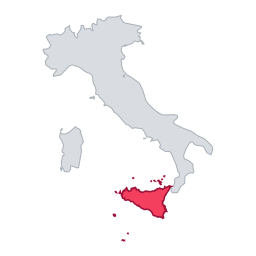 Sicilia, Enna, Italy shown in context
{"feature_id": "23120603B91569774900330", "entity_name": "Sicilia", "entity_type": "district", "adm_level": 2, "iso_a3": "ITA", "parent_name": "Italy", "parent_adm1": "Enna", "projection": "albers", "projection_center": [13.963, 37.152], "detail": "fine", "context": "in_parent", "style": "filled", "palette": "rose", "viewbox_px": 256, "rotation_deg": 0, "n_neighbors": 0, "source": "geoboundaries", "source_scale": "gbopen_adm2", "svg_char_len": 8949}
<svg xmlns="http://www.w3.org/2000/svg" viewBox="0 0 256 256"><path d="M49.8,34.3L51.2,35.3L57.0,33.8L60.3,35.1L63.2,33.5L65.2,30.8L65.0,28.7L69.6,25.6L69.9,29.5L72.2,32.2L74.6,33.0L74.0,34.5L76.2,37.8L77.2,37.6L77.6,37.0L77.1,34.3L80.8,29.3L81.1,25.7L81.7,25.3L83.4,25.6L84.6,29.1L90.2,28.3L92.1,30.9L93.0,30.5L91.7,26.0L92.4,23.8L93.9,23.4L94.9,24.5L97.1,24.9L97.2,23.6L96.7,22.7L97.6,18.9L100.8,19.3L102.6,20.8L104.9,20.8L106.9,17.8L108.4,17.1L115.6,17.1L121.0,15.4L121.4,15.8L120.4,17.2L120.7,18.2L123.8,22.7L141.6,26.4L141.4,27.5L137.5,30.3L137.2,31.3L137.8,32.3L140.7,33.0L138.7,35.6L138.7,36.6L140.2,36.8L140.0,40.0L141.9,41.0L144.0,43.8L141.9,44.3L142.7,43.6L140.6,40.8L138.3,42.0L134.8,40.8L132.3,43.3L124.0,46.5L125.5,45.0L124.9,45.0L121.8,46.9L121.1,50.8L123.3,54.7L125.1,56.2L124.3,58.5L123.1,59.4L121.7,58.7L121.2,60.8L121.9,66.5L123.1,70.5L127.2,75.0L130.3,76.5L139.5,83.3L143.0,90.9L145.9,100.5L148.4,104.0L153.6,109.1L158.4,112.8L162.8,115.0L174.4,114.7L177.3,115.5L177.7,117.1L177.2,118.2L173.8,120.9L173.6,123.1L175.3,124.5L183.3,128.3L191.5,131.4L197.2,135.5L204.4,138.8L210.2,144.1L212.3,146.9L212.8,149.2L211.6,153.1L210.9,154.8L206.9,152.7L203.4,146.2L196.4,145.3L194.3,144.2L193.0,142.2L190.8,142.1L189.3,143.2L185.7,149.6L183.7,155.0L183.7,157.2L184.9,159.3L188.3,160.4L192.8,164.1L193.1,168.9L194.0,171.5L192.9,173.1L190.6,172.8L187.7,173.9L185.6,175.7L184.8,177.4L184.7,183.3L180.8,186.5L177.5,192.6L172.3,192.8L171.1,191.0L171.0,188.2L171.8,186.5L173.7,185.7L174.9,182.1L174.4,179.6L175.2,178.4L179.2,176.6L179.3,173.1L177.8,171.5L176.3,165.1L171.1,152.8L169.5,151.6L165.1,151.3L160.0,148.1L159.6,146.7L160.5,145.4L159.9,143.6L158.2,140.5L157.1,139.7L150.8,141.1L152.6,138.6L150.3,137.0L146.4,137.0L146.5,135.9L143.7,130.8L141.8,128.7L134.7,127.7L132.4,128.5L128.9,125.3L125.7,124.0L117.7,114.7L113.9,111.9L111.5,107.9L106.6,105.1L104.4,105.7L103.8,105.1L105.0,104.4L104.8,102.9L101.6,98.8L99.7,97.5L98.5,94.9L95.7,94.2L96.0,89.6L95.0,86.3L93.3,83.5L92.5,76.9L91.8,75.0L89.8,73.5L85.4,71.7L79.4,67.2L72.2,64.9L69.1,66.2L60.8,74.8L53.4,76.4L53.4,74.5L56.4,70.5L56.0,68.9L51.5,69.1L45.8,64.8L45.3,61.4L47.2,58.3L48.2,57.6L47.8,55.4L44.4,53.4L43.2,50.4L43.2,49.5L44.1,49.0L46.2,49.3L49.6,47.6L50.8,44.9L46.4,37.7L46.7,36.2L49.8,34.3ZM124.3,76.8L124.6,75.1L123.0,76.1L123.4,76.9L124.3,76.8ZM170.8,186.4L164.8,195.9L162.8,202.3L163.1,204.7L164.9,206.5L164.0,207.2L166.0,210.2L166.0,211.0L163.2,214.4L163.2,217.4L157.9,217.0L153.6,215.3L151.5,211.9L149.8,210.5L148.0,209.3L144.3,209.4L142.7,208.7L132.9,202.0L129.1,200.1L124.8,199.6L123.0,198.1L121.7,195.2L123.5,190.7L126.4,188.2L128.9,191.1L131.2,190.1L131.3,189.2L132.9,188.1L134.9,188.1L142.5,192.2L146.6,191.1L150.2,191.5L153.6,190.9L157.9,188.5L163.0,188.8L168.8,186.0L170.8,186.4ZM81.2,134.2L83.4,141.7L80.8,146.1L81.5,151.1L78.6,167.5L77.4,168.0L71.0,165.7L70.3,169.5L69.4,171.0L68.0,172.0L64.5,171.5L61.4,165.9L61.4,160.5L62.2,158.9L62.4,155.8L63.8,155.7L64.0,153.6L63.3,152.5L62.0,152.0L62.2,149.7L63.2,147.9L63.4,144.7L61.9,140.6L59.6,137.5L60.4,132.5L62.4,133.9L65.5,134.0L69.3,132.2L75.6,126.6L76.3,127.7L78.8,128.8L81.1,131.5L80.1,133.1L81.2,134.2ZM93.9,96.2L94.4,97.4L94.2,99.0L93.0,98.1L90.0,98.3L89.8,97.5L93.4,96.9L93.9,96.2ZM62.1,168.6L61.1,170.5L60.3,167.9L60.5,167.6L62.1,168.6ZM62.4,128.9L60.9,130.9L60.3,130.8L62.1,128.5L62.4,128.9ZM115.3,215.8L113.6,215.3L113.6,214.4L114.9,214.6L115.3,215.8ZM145.2,138.4L143.8,139.0L143.9,138.0L145.2,138.4Z" fill="#d9dde1" stroke="#a8b0b8" stroke-width="1"/><path d="M165.3,206.5L164.5,205.5L164.4,205.5L164.2,205.7L164.2,205.8L164.2,205.6L163.8,205.6L163.4,205.2L162.9,205.1L162.7,204.2L162.6,201.9L162.8,201.7L162.7,201.5L162.8,201.5L162.8,201.8L162.8,201.5L162.8,201.4L163.1,201.0L163.0,200.9L163.5,200.7L163.6,200.4L164.0,200.0L163.9,198.9L164.3,198.5L164.3,198.0L164.6,197.4L164.4,196.9L164.5,196.5L165.5,195.2L165.4,195.1L165.4,194.9L165.9,194.6L165.8,194.4L165.9,194.1L166.5,193.4L166.6,193.2L168.7,190.2L169.3,188.8L170.0,187.8L169.8,187.8L169.7,187.9L169.9,187.1L170.1,186.8L171.1,186.4L170.5,186.3L169.4,185.8L169.1,185.9L167.7,186.9L165.6,187.7L164.8,187.5L165.0,187.5L164.9,187.3L165.0,186.9L164.8,186.4L164.7,186.4L164.6,186.5L164.8,187.0L164.4,188.1L163.8,188.7L162.6,189.4L162.1,189.2L161.8,188.8L160.7,188.8L160.3,188.3L159.8,188.0L159.4,188.4L157.9,188.8L157.3,188.6L156.3,189.8L155.6,190.3L155.4,190.5L155.3,190.3L154.8,190.7L154.3,190.6L153.9,191.0L153.0,191.2L152.3,191.0L151.5,191.5L151.0,191.5L150.2,191.7L148.4,191.5L148.1,191.3L147.7,191.5L146.8,191.5L146.3,191.1L146.1,191.0L145.6,191.3L145.0,191.2L143.3,192.2L141.9,192.4L141.3,192.3L141.3,192.2L141.2,192.0L141.5,192.1L141.3,192.0L140.4,191.9L139.1,191.1L138.7,190.5L138.8,190.4L138.7,190.2L138.8,190.1L138.6,189.8L138.7,189.6L138.2,189.5L138.1,189.8L137.2,190.0L136.3,189.7L136.0,189.3L136.1,189.2L136.2,189.4L136.3,189.4L136.2,189.3L136.2,189.2L136.2,188.8L136.1,188.3L135.9,188.1L135.5,187.9L135.5,187.7L135.3,187.4L134.8,187.7L134.7,187.9L134.2,187.8L134.2,188.0L133.4,188.5L132.9,188.5L132.9,188.2L132.1,188.1L131.6,188.4L131.7,188.6L131.5,188.9L131.5,189.0L131.2,189.1L131.5,189.4L131.6,190.1L130.0,191.0L128.9,191.3L128.6,191.2L128.4,190.7L128.2,190.8L128.0,190.6L127.5,190.2L127.2,189.6L127.2,189.1L126.9,188.7L126.9,188.2L126.4,188.3L126.3,188.0L126.1,188.3L126.4,189.0L126.0,189.6L125.2,189.5L125.2,189.9L125.0,190.2L124.4,190.4L123.8,190.3L123.0,191.2L122.6,191.3L123.1,191.4L122.8,191.5L122.8,191.8L122.6,192.0L122.6,192.6L122.0,193.5L122.5,194.1L122.1,194.6L122.2,195.0L121.7,195.4L121.8,195.2L121.5,195.5L121.6,195.9L121.6,195.7L122.0,196.1L122.2,196.7L122.1,197.1L122.2,197.3L122.6,198.0L122.9,198.3L123.6,198.3L123.8,198.5L124.0,198.4L123.9,198.6L124.0,198.5L124.3,198.8L124.6,199.5L125.3,200.3L127.0,199.9L128.1,199.9L129.4,200.1L130.1,200.7L130.6,201.6L131.5,201.4L131.6,201.5L132.9,201.7L134.2,203.0L134.5,203.7L134.8,203.7L135.3,204.2L135.7,204.3L136.3,204.8L136.5,204.8L136.9,205.4L137.2,205.6L137.5,205.6L137.7,205.8L138.2,205.7L138.5,206.0L138.4,205.8L138.5,205.7L138.5,205.9L138.5,205.7L138.6,205.9L138.9,205.8L139.2,206.1L139.2,206.3L139.3,206.3L139.5,206.3L139.9,206.8L140.2,206.9L140.5,207.6L141.5,208.0L141.9,208.5L143.1,208.6L143.9,209.4L144.7,209.5L144.8,209.6L144.7,209.5L144.9,209.6L145.0,209.5L144.9,209.7L145.0,209.4L145.4,209.3L146.9,209.2L148.3,209.5L149.4,210.0L149.5,210.1L149.9,210.2L150.0,210.4L149.7,210.7L150.0,210.4L150.4,210.6L151.8,212.2L152.4,213.2L152.4,213.5L152.7,213.9L153.0,215.0L153.5,215.5L154.4,215.7L154.5,215.6L155.6,215.9L156.8,216.8L157.5,216.8L158.0,217.1L158.6,216.8L158.8,217.0L158.7,216.9L158.8,216.9L158.9,216.7L159.8,216.6L160.8,217.3L161.3,217.3L161.5,217.1L161.9,217.2L162.2,217.4L162.3,217.9L162.6,217.9L162.7,218.2L163.2,217.8L163.2,217.6L163.5,217.8L163.7,217.4L163.4,217.1L163.3,216.3L163.1,216.2L162.9,215.6L162.9,215.1L163.1,214.8L163.1,214.5L163.1,214.2L163.6,213.9L163.8,212.9L164.1,212.7L164.3,212.3L164.7,212.1L165.5,211.7L165.4,211.6L165.6,211.5L165.5,211.4L165.6,211.2L166.1,210.9L166.3,211.1L166.6,211.2L166.2,210.4L165.9,210.6L165.7,210.5L165.6,210.2L165.9,210.0L166.0,210.2L166.0,209.9L165.9,209.9L166.1,209.7L166.0,209.1L165.4,209.1L165.5,209.0L165.4,209.1L165.1,209.0L164.8,208.7L164.8,208.4L165.2,208.4L165.0,208.1L164.8,208.3L164.6,208.3L164.5,207.9L164.2,207.4L164.2,207.0L164.4,206.8L164.2,206.6L164.4,206.7L164.6,206.4L164.8,206.6L164.7,206.9L164.8,207.0L164.8,206.6L165.3,206.7L165.3,206.5ZM113.8,214.2L113.5,214.3L113.4,214.6L113.4,214.9L113.8,215.3L113.9,215.6L114.1,215.6L114.2,216.0L114.6,216.2L115.0,216.2L115.3,215.9L115.4,215.4L115.4,215.0L114.8,214.5L114.6,214.6L113.8,214.2ZM160.5,181.6L159.7,181.7L159.5,182.3L159.7,182.7L160.1,182.8L160.2,183.1L160.4,183.2L160.5,182.9L160.4,182.5L160.8,182.3L160.5,182.2L160.5,181.6ZM159.0,180.4L158.1,180.4L157.9,180.8L158.8,181.3L159.1,181.3L159.0,181.0L159.1,180.8L159.0,180.4ZM160.5,183.3L160.4,183.6L160.2,183.6L160.3,183.7L160.1,183.9L160.3,184.3L160.7,184.6L161.1,184.5L161.2,184.4L161.0,184.0L160.8,183.8L160.5,183.7L160.5,183.3ZM119.8,192.5L119.2,192.9L119.4,193.3L120.2,193.2L120.4,193.5L120.6,193.5L120.6,193.1L120.3,192.9L120.0,193.0L119.8,192.5ZM122.5,239.9L122.3,240.1L123.1,240.3L123.5,240.6L123.6,240.4L123.6,240.6L124.1,240.6L123.9,240.4L124.1,240.2L122.5,239.9ZM164.4,175.9L163.9,176.2L164.0,176.5L164.3,176.7L164.5,176.6L164.7,176.0L164.4,175.9ZM116.0,191.7L115.5,191.7L115.7,192.1L115.7,192.4L116.4,192.6L116.0,192.0L116.0,191.7ZM154.2,180.4L154.0,180.5L154.3,180.9L154.8,181.0L154.6,180.8L154.6,180.5L154.2,180.4ZM133.3,177.7L133.0,177.9L132.9,178.3L133.2,178.3L133.6,178.0L133.3,177.7ZM122.0,193.5L121.6,193.8L121.8,194.7L122.0,194.2L121.8,193.8L122.0,193.5ZM120.2,191.2L120.0,191.5L120.1,191.9L120.4,191.9L120.2,191.2ZM128.0,233.2L127.8,233.2L127.6,233.4L127.7,233.6L128.1,233.6L128.0,233.2ZM151.3,181.0L151.0,181.1L151.0,181.4L151.3,181.4L151.4,181.1L151.3,181.0ZM162.2,179.2L161.9,179.2L161.9,179.5L162.2,179.4L162.2,179.2Z" fill="#f43f5e" stroke="#9f1239" stroke-width="1.5"/></svg>